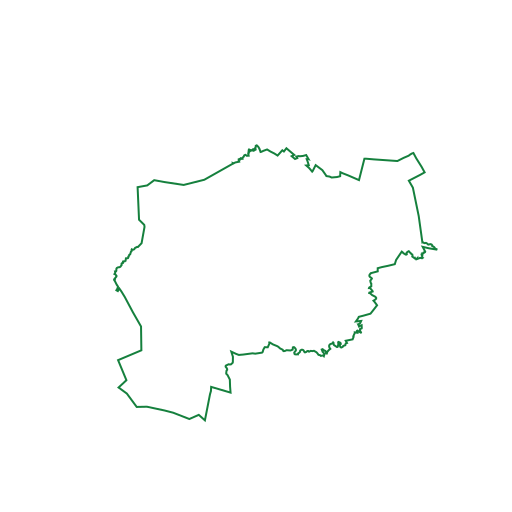 Xalisco, Nayarit, Mexico, rotated 325°
{"feature_id": "50627088B39496804164051", "entity_name": "Xalisco", "entity_type": "district", "adm_level": 2, "iso_a3": "MEX", "parent_name": "Mexico", "parent_adm1": "Nayarit", "projection": "equal_earth", "projection_center": [-104.936, 21.399], "detail": "fine", "context": "isolated", "style": "outline", "palette": "green", "viewbox_px": 512, "rotation_deg": 325, "n_neighbors": 0, "source": "geoboundaries", "source_scale": "gbopen_adm2", "svg_char_len": 6134}
<svg xmlns="http://www.w3.org/2000/svg" viewBox="0 0 512 512"><g transform="rotate(325 256 256)"><path d="M438.6,261.4L433.3,260.3L426.3,259.3L407.9,244.4L401.8,239.3L400.6,238.5L383.9,252.9L377.7,242.8L374.5,238.0L373.2,235.7L370.7,238.9L367.7,237.8L363.0,235.1L361.8,233.1L359.5,230.9L359.6,230.0L359.6,223.7L357.0,215.8L351.2,218.9L350.4,219.1L350.0,214.5L349.1,210.7L351.3,211.9L352.6,207.8L353.1,205.7L354.4,206.3L354.6,206.6L355.0,202.1L351.9,201.0L349.2,199.5L348.1,198.5L346.2,197.8L346.2,198.7L346.0,199.5L343.6,198.9L342.5,194.7L345.3,195.1L342.7,185.2L338.8,186.4L338.2,184.5L331.3,186.1L329.8,182.5L327.8,178.8L326.2,175.1L322.4,174.1L320.1,173.7L319.4,173.4L320.3,170.2L320.2,170.1L320.4,169.3L320.5,167.9L320.1,165.9L319.8,165.9L319.7,165.7L319.0,165.6L317.6,167.3L316.9,167.1L316.2,167.5L316.6,168.2L316.6,168.6L315.6,168.5L315.3,168.3L315.0,168.5L314.2,168.3L314.0,168.0L314.2,167.8L314.7,167.7L314.8,167.4L315.2,167.3L315.1,167.0L314.9,166.9L314.5,166.8L313.7,167.2L312.8,166.5L312.2,166.9L311.9,166.8L311.8,166.5L310.8,166.7L310.6,166.3L310.7,166.1L311.9,165.7L311.7,165.2L311.4,164.7L311.1,164.8L310.4,165.5L309.9,166.3L309.3,166.6L309.0,167.2L309.3,167.3L308.4,168.1L308.2,168.0L307.5,169.6L305.9,168.6L305.4,167.1L304.3,166.8L303.8,167.0L302.9,167.6L302.2,167.6L301.4,167.9L301.0,168.3L300.3,167.7L300.3,168.4L298.3,167.2L298.0,167.7L297.2,167.0L296.7,167.6L296.3,169.1L292.7,167.5L291.1,167.3L290.8,167.0L290.6,167.1L290.3,166.6L290.1,167.1L257.4,163.9L237.5,156.3L223.3,142.8L216.1,135.5L207.4,135.8L198.5,131.7L181.0,159.2L182.3,166.4L181.4,168.2L169.6,179.9L164.4,180.9L163.7,180.3L162.8,180.3L162.4,180.1L161.6,180.0L160.8,180.4L160.0,180.6L159.3,180.5L158.4,180.1L158.1,179.3L157.7,179.5L156.7,180.8L155.9,180.8L154.0,182.4L152.9,182.3L152.3,183.0L151.5,183.1L151.1,183.2L150.8,183.8L149.9,184.3L149.4,184.1L148.8,183.7L148.1,183.3L146.4,185.1L146.0,185.0L145.3,185.1L144.6,184.5L144.0,184.2L143.7,184.4L143.1,185.4L142.8,185.4L142.0,185.0L141.6,185.1L141.2,185.4L140.8,186.3L138.8,187.0L137.8,186.9L136.6,186.2L135.1,186.0L134.3,186.4L133.1,188.0L132.7,188.2L132.4,188.2L131.7,187.8L131.4,188.6L131.1,188.9L129.7,189.6L129.8,189.8L130.3,190.5L130.3,192.3L129.9,192.5L129.8,192.8L127.9,193.3L127.0,194.2L126.7,193.7L126.4,193.7L126.2,194.0L126.0,194.4L126.0,195.8L125.4,199.9L125.5,200.1L125.4,201.9L123.8,203.2L122.0,204.0L122.7,205.5L125.4,204.3L125.4,207.8L125.0,214.3L122.9,231.4L121.4,247.8L108.0,267.5L83.3,262.2L78.6,283.4L68.0,284.9L71.3,294.6L71.7,311.2L80.2,316.9L92.4,330.0L98.3,336.9L107.9,351.3L118.0,353.3L119.9,361.3L139.1,342.8L141.6,340.8L144.2,337.5L156.8,353.3L159.8,348.2L163.7,342.2L164.4,337.2L164.1,335.5L164.3,335.0L166.1,333.0L167.1,332.7L167.5,332.1L167.7,331.0L167.6,329.4L167.9,328.8L168.5,328.5L171.5,329.0L171.9,329.4L172.1,329.7L173.3,330.4L175.6,330.1L176.2,329.6L179.3,325.3L180.9,320.2L183.5,324.7L185.2,327.2L189.0,329.4L197.3,333.7L199.4,335.6L205.5,338.6L206.5,338.4L208.3,336.9L210.8,335.7L213.3,337.5L217.1,335.2L217.3,334.5L217.7,334.7L219.2,338.2L221.6,341.9L222.2,343.2L222.7,345.5L224.1,348.1L223.9,349.4L224.2,349.9L225.4,350.4L227.0,350.7L230.1,353.2L232.3,353.7L233.8,352.0L234.5,352.2L235.0,352.7L235.2,354.3L235.1,355.3L234.4,356.3L232.0,357.0L231.4,358.2L231.5,358.8L232.0,359.3L233.9,360.6L234.0,360.4L234.5,360.0L236.1,360.0L237.2,359.7L237.6,359.1L238.2,358.8L239.4,358.9L239.9,359.1L240.3,359.5L240.7,360.1L240.8,360.6L240.6,362.4L240.7,362.9L240.9,363.1L242.1,363.4L243.4,363.3L243.8,363.4L244.3,363.8L244.3,364.4L244.6,364.8L246.4,365.1L247.7,366.3L249.1,366.9L250.3,369.5L250.5,371.0L250.5,372.8L251.6,374.0L251.8,375.0L253.9,375.9L254.1,377.0L255.6,375.8L255.8,374.9L255.8,373.8L255.6,372.8L256.2,370.3L257.1,370.5L257.8,372.8L258.4,373.5L258.3,374.4L257.6,376.0L258.0,376.5L258.8,376.0L259.2,375.3L260.4,375.2L260.7,375.0L261.5,374.9L261.8,374.8L263.6,374.7L263.6,373.2L264.0,372.1L264.7,371.2L265.5,370.9L266.3,370.8L268.5,371.4L269.6,371.0L269.7,371.6L269.2,372.4L268.9,372.8L268.8,373.7L270.1,377.0L270.5,377.2L271.0,377.2L273.1,375.2L273.3,374.7L273.6,374.1L274.0,373.7L274.3,373.7L275.3,375.4L275.3,375.9L275.2,376.3L274.8,376.8L274.5,376.8L274.3,376.5L274.0,376.5L273.7,376.6L273.4,376.9L273.0,378.7L272.9,379.2L273.2,379.6L273.6,380.0L275.2,380.1L275.9,379.7L276.3,379.8L277.9,380.3L278.2,380.2L278.5,379.8L279.2,379.2L279.8,379.1L280.6,379.4L280.9,376.9L287.3,379.7L289.6,378.2L289.6,377.6L292.8,375.7L293.1,375.2L295.2,377.2L295.8,376.6L295.6,375.3L295.8,375.2L296.5,375.4L296.7,376.4L297.9,378.9L298.2,378.8L298.4,376.7L299.3,375.5L301.0,375.9L301.3,375.7L302.8,373.3L300.7,372.8L300.0,372.9L300.1,372.4L300.4,370.9L300.6,371.1L300.7,370.7L302.9,370.7L304.9,369.5L300.3,366.9L303.7,365.7L305.3,364.8L309.8,366.5L316.7,368.9L319.8,368.0L326.9,365.8L326.8,361.6L326.6,360.0L328.3,360.1L329.9,359.9L330.0,359.7L330.4,359.3L330.4,357.9L328.7,354.6L328.1,351.9L327.5,351.3L327.8,351.0L331.2,352.0L331.4,351.4L331.1,348.7L331.3,347.9L330.2,347.1L330.6,346.8L333.1,346.9L334.6,344.7L334.5,344.4L334.7,343.5L335.4,341.8L337.4,341.2L338.0,340.9L338.0,340.2L337.4,338.8L337.3,337.8L337.6,337.1L338.1,336.6L339.0,336.2L339.6,336.2L340.1,335.9L346.9,338.4L348.7,335.8L352.8,337.3L358.6,339.8L365.0,342.3L368.5,339.6L377.9,336.0L378.3,337.3L378.3,338.1L379.4,340.7L380.0,341.1L380.5,341.1L381.1,339.8L382.4,339.5L383.9,339.7L384.1,341.5L384.4,342.5L384.4,343.5L384.9,344.4L384.5,345.4L383.7,346.1L384.5,348.4L385.1,348.5L384.9,349.7L385.8,350.5L386.4,350.4L386.0,350.8L389.5,351.7L390.7,353.1L391.5,353.1L391.4,352.8L392.3,350.3L392.7,350.8L393.3,350.2L393.6,349.2L394.4,349.6L395.1,349.7L395.4,349.3L395.7,349.4L396.0,349.7L396.6,349.8L397.1,349.5L397.8,344.1L402.0,348.8L407.5,354.2L407.8,354.0L407.6,353.6L407.0,353.2L406.9,352.9L407.1,351.6L407.0,350.8L406.2,349.0L406.1,348.8L406.4,348.6L406.5,348.3L406.4,347.2L405.9,346.6L405.6,346.5L405.5,346.2L403.8,345.6L403.6,345.4L403.4,344.2L402.9,343.0L402.7,342.7L401.6,342.3L401.1,341.7L400.6,340.4L400.1,340.3L412.2,316.6L423.7,290.0L424.4,282.0L437.1,283.7L442.1,284.2L442.8,277.9L443.3,267.9L444.0,261.9L442.6,261.5L440.6,261.3L438.6,261.4Z" fill="none" stroke="#15803d" stroke-width="2"/></g></svg>